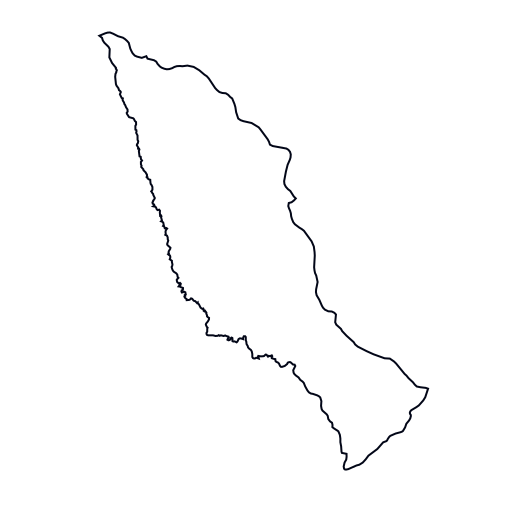 outline of Alvarães, Amazonas, Brazil, rotated 100°
{"feature_id": "56859067B63207916121843", "entity_name": "Alvarães", "entity_type": "district", "adm_level": 2, "iso_a3": "BRA", "parent_name": "Brazil", "parent_adm1": "Amazonas", "projection": "albers", "projection_center": [-65.273, -3.675], "detail": "fine", "context": "isolated", "style": "outline", "palette": "ink", "viewbox_px": 512, "rotation_deg": 100, "n_neighbors": 0, "source": "geoboundaries", "source_scale": "gbopen_adm2", "svg_char_len": 6079}
<svg xmlns="http://www.w3.org/2000/svg" viewBox="0 0 512 512"><g transform="rotate(100 256 256)"><path d="M414.9,94.9L413.2,94.4L411.0,93.4L409.8,92.5L406.6,87.7L404.5,83.2L403.7,81.8L402.8,80.9L398.9,79.4L395.1,78.8L391.4,76.7L389.2,75.9L386.7,75.7L385.6,76.0L384.6,77.0L383.4,77.3L382.3,77.1L380.9,76.3L377.1,71.9L374.9,69.7L369.2,66.2L365.7,64.8L356.8,63.5L356.4,66.0L356.7,71.2L356.6,75.0L355.1,77.3L353.1,79.5L349.8,84.6L347.6,87.1L346.4,89.1L337.6,99.3L335.9,101.8L333.8,106.4L334.4,111.6L332.4,123.1L330.5,130.5L327.6,140.0L325.9,143.0L323.9,144.8L318.8,153.0L315.0,158.1L313.0,159.7L309.7,165.0L307.5,166.5L299.7,167.1L298.3,169.0L297.5,171.7L297.9,175.2L296.9,178.8L295.3,181.0L293.5,182.5L288.2,186.0L284.1,189.5L281.1,190.7L278.4,191.0L270.9,190.8L264.8,193.3L262.5,194.9L260.0,195.9L257.0,196.8L245.4,198.2L242.0,199.0L236.6,200.7L231.9,203.8L222.8,213.2L221.5,215.7L220.6,218.1L218.0,223.2L216.2,225.2L213.2,227.1L210.7,228.3L207.9,229.1L205.5,230.3L203.3,231.8L201.2,232.9L198.1,232.9L196.9,230.3L194.6,228.2L192.4,226.8L190.8,229.1L186.0,233.5L184.6,236.2L182.6,238.7L180.2,240.5L177.4,241.3L167.6,241.2L160.7,240.7L155.4,239.4L153.0,239.1L149.9,239.4L147.5,240.6L145.8,242.5L144.9,244.7L144.8,258.7L143.9,261.6L141.3,263.0L139.0,264.8L130.6,273.6L128.8,275.7L125.8,283.4L125.4,291.9L124.9,294.8L123.7,297.4L117.9,300.5L112.9,302.2L109.9,303.7L105.0,306.8L103.9,309.0L102.1,311.4L101.0,314.0L101.3,317.5L100.9,320.5L99.3,323.3L97.7,325.4L89.4,333.3L87.5,335.7L86.4,338.2L82.9,344.2L80.6,350.2L80.4,356.6L81.9,361.4L82.1,363.9L82.8,366.9L84.0,369.2L85.6,371.2L87.0,373.9L87.6,376.3L87.5,378.8L86.9,381.7L86.0,383.6L83.9,386.3L81.9,388.0L80.9,390.5L80.5,397.1L78.3,398.7L80.7,402.9L80.3,407.8L79.7,410.2L77.8,412.7L75.9,414.2L73.6,415.8L68.2,418.3L66.6,420.3L65.1,422.7L64.1,425.0L63.5,430.1L61.9,435.3L61.2,438.6L61.8,441.0L62.9,443.2L66.3,448.5L67.9,445.5L70.3,444.3L72.3,442.4L75.6,437.6L77.6,436.0L85.9,434.9L90.9,431.3L95.0,426.6L95.9,426.6L96.6,425.7L97.5,425.3L98.4,425.6L99.4,425.5L101.0,426.0L104.0,425.8L111.0,423.8L112.4,423.0L114.7,420.6L116.5,419.7L117.2,418.3L118.0,417.6L120.4,418.1L123.7,415.7L123.9,414.5L124.9,414.6L126.0,414.2L127.8,412.6L129.2,412.0L130.0,411.1L132.1,409.8L134.0,408.0L136.1,407.5L137.5,408.2L138.4,407.8L141.3,405.1L141.7,400.8L142.2,400.1L144.1,398.7L144.9,397.4L147.4,396.9L148.8,397.4L152.5,396.7L152.8,395.7L154.1,395.3L155.5,395.4L157.9,393.6L162.2,392.8L163.4,391.9L165.7,392.0L166.6,392.6L167.6,392.6L169.5,390.9L170.7,390.8L170.6,389.8L171.4,389.3L172.9,389.6L178.1,388.0L178.3,386.8L180.6,386.1L181.8,384.8L183.3,385.7L185.8,385.2L186.9,384.4L188.2,384.5L190.2,382.0L191.1,381.7L192.9,379.1L194.0,378.4L194.6,377.6L195.7,377.3L197.2,377.4L197.3,376.5L198.4,376.3L199.2,374.6L199.3,373.4L202.4,372.6L203.6,372.0L204.2,371.2L206.0,370.0L208.7,369.5L210.6,370.4L211.2,369.6L212.1,369.0L212.7,368.1L213.8,367.7L216.5,365.7L218.0,366.1L219.3,366.9L220.3,366.8L221.1,367.3L222.4,366.8L223.0,365.3L223.9,364.8L224.9,365.8L225.0,363.8L225.4,363.0L227.2,361.9L227.9,360.9L227.2,359.4L228.2,358.4L229.7,358.3L233.0,357.4L232.5,356.6L233.3,356.0L234.4,356.2L237.3,354.8L238.3,355.5L238.5,354.4L239.1,353.2L241.4,352.3L242.5,352.7L242.6,351.7L244.5,350.7L244.0,349.3L244.4,348.3L246.2,349.2L247.1,349.3L248.0,349.3L249.9,348.7L250.9,349.0L251.4,347.2L253.0,346.2L254.9,345.8L256.0,345.1L259.7,345.6L260.7,345.0L262.7,341.7L263.8,341.7L266.4,342.7L267.5,342.8L268.7,342.2L269.5,342.9L270.0,342.2L270.3,341.0L271.2,340.4L272.8,340.1L274.2,340.4L275.3,338.0L276.5,337.8L278.8,336.8L280.3,336.8L281.5,337.2L283.5,336.2L284.7,335.4L285.7,334.3L286.9,331.5L288.0,330.3L290.3,329.5L291.0,328.6L293.0,329.9L294.0,329.7L295.3,329.1L296.5,327.1L295.7,326.2L296.3,325.3L297.6,325.3L298.2,326.3L299.4,326.9L299.4,325.4L299.9,324.1L300.1,322.4L301.3,322.1L302.2,322.4L302.7,323.2L303.8,323.3L304.8,322.7L304.5,321.8L303.6,320.8L304.0,319.3L306.1,318.5L306.7,319.3L307.6,318.8L308.2,319.5L309.0,319.1L309.9,318.1L310.4,316.9L311.5,316.6L310.9,314.3L310.1,313.2L309.0,312.6L309.2,311.4L310.6,309.9L311.0,309.1L311.0,308.0L312.6,305.9L311.9,305.3L312.9,305.0L313.4,303.9L316.5,301.6L317.4,299.7L316.9,298.8L317.9,298.2L319.0,298.1L319.5,297.2L318.8,296.7L320.4,295.0L321.3,295.0L323.0,293.9L324.0,293.7L324.6,292.8L325.1,291.5L326.6,291.3L328.7,292.0L331.2,293.4L332.3,293.5L334.4,292.1L335.0,291.2L336.1,291.4L339.0,290.9L340.3,291.4L341.4,291.2L342.3,290.4L342.4,289.3L341.6,284.4L341.8,281.9L341.2,279.8L340.4,278.9L340.9,277.9L340.2,276.8L340.4,273.9L339.6,272.6L340.0,271.3L340.2,269.1L341.1,268.6L342.0,269.3L343.4,269.6L343.8,268.5L343.4,267.5L342.6,266.8L341.3,266.6L340.6,266.0L340.8,265.1L342.0,264.7L343.8,264.5L344.2,263.6L343.8,262.3L344.4,260.1L343.4,259.4L340.8,258.7L339.9,257.6L339.8,256.4L340.1,254.2L338.9,254.5L337.2,254.1L336.9,252.8L337.6,252.0L340.8,251.4L342.0,250.7L344.4,250.0L346.1,248.5L347.3,248.0L348.2,247.0L349.4,244.7L350.7,243.6L353.2,242.6L356.1,242.1L357.1,241.2L357.3,240.1L356.9,238.9L356.2,238.2L356.2,237.1L356.5,235.4L355.6,235.8L355.1,236.6L354.0,236.4L354.0,233.8L353.5,231.6L353.1,230.7L351.4,229.4L351.4,228.5L353.0,226.7L352.1,226.1L352.2,224.9L351.1,223.2L351.8,222.6L352.9,223.0L353.9,222.7L354.3,219.9L354.2,219.1L356.1,218.5L356.8,217.5L357.0,216.1L357.9,214.7L360.0,213.3L360.8,212.3L360.7,211.2L359.3,208.6L357.0,206.6L355.5,206.2L354.7,204.8L354.6,203.6L356.5,200.6L356.3,199.1L357.5,198.2L362.0,199.5L364.4,198.7L365.5,197.8L366.8,195.9L368.2,193.0L370.3,190.9L371.6,188.3L372.7,186.9L375.9,184.9L379.5,182.0L381.1,180.2L381.9,178.1L381.9,176.1L382.6,171.5L383.2,169.7L384.1,168.2L387.6,166.4L392.3,165.9L395.3,164.8L396.7,163.7L399.7,158.8L401.0,157.6L404.0,156.5L406.0,154.4L407.0,152.2L409.1,151.3L411.2,151.1L412.0,149.8L414.3,144.5L417.5,142.4L419.3,141.8L421.2,141.2L424.7,140.6L428.7,139.1L433.9,137.8L435.0,137.2L435.1,132.5L438.1,131.9L440.9,131.8L444.0,132.9L448.1,133.1L450.2,132.3L450.8,131.3L450.7,130.2L449.9,128.2L444.8,120.6L443.6,118.0L440.9,115.0L437.1,112.6L433.1,110.6L425.0,103.0L417.4,98.4L415.7,95.5L414.9,94.9Z" fill="none" stroke="#020617" stroke-width="2"/></g></svg>